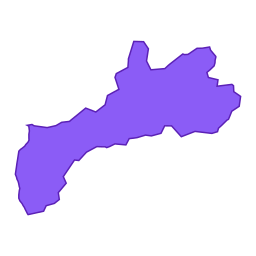 outline of Etim Ekpo, Akwa Ibom, Nigeria
{"feature_id": "59680162B44584437839531", "entity_name": "Etim Ekpo", "entity_type": "district", "adm_level": 2, "iso_a3": "NGA", "parent_name": "Nigeria", "parent_adm1": "Akwa Ibom", "projection": "albers", "projection_center": [7.577, 4.957], "detail": "fine", "context": "isolated", "style": "filled", "palette": "violet", "viewbox_px": 256, "rotation_deg": 0, "n_neighbors": 0, "source": "geoboundaries", "source_scale": "gbopen_adm2", "svg_char_len": 1455}
<svg xmlns="http://www.w3.org/2000/svg" viewBox="0 0 256 256"><path d="M133.8,41.4L128.4,58.9L128.4,60.8L127.9,67.4L116.3,73.6L115.0,77.4L118.9,89.3L107.5,95.5L105.1,104.8L95.8,112.0L85.7,108.1L70.1,120.8L69.6,121.4L61.7,122.3L56.0,125.6L47.2,127.6L34.1,125.8L32.0,124.5L27.3,125.3L28.8,126.1L29.4,131.0L28.9,134.2L28.9,138.0L29.0,140.2L27.9,142.3L25.8,144.5L24.7,146.2L22.1,148.3L20.5,149.4L18.9,151.1L18.8,151.5L17.6,159.3L16.9,163.6L16.4,167.3L15.4,174.0L15.4,174.4L16.5,177.1L17.0,179.2L18.1,181.4L18.7,183.6L18.9,184.7L19.2,186.3L19.8,188.4L19.3,190.6L18.8,194.9L18.8,198.2L19.9,200.9L22.1,203.6L23.2,205.7L24.3,207.3L25.3,209.5L26.4,211.6L27.5,213.8L28.1,214.6L43.6,211.2L46.2,205.7L54.4,203.4L59.3,199.5L58.3,192.6L66.2,183.2L63.3,176.6L74.5,160.0L78.8,160.5L86.4,152.2L96.8,146.6L102.3,146.8L105.2,146.8L106.7,147.6L109.7,146.5L114.9,143.9L125.9,144.9L129.2,138.6L133.8,138.1L137.2,137.6L145.5,135.1L151.4,135.9L161.0,133.3L164.7,125.8L171.6,125.9L181.3,136.7L195.0,131.4L211.9,133.4L217.5,131.7L218.5,128.2L221.5,125.5L227.1,120.0L228.5,119.3L231.8,111.2L239.2,106.3L240.6,96.4L233.8,91.7L233.5,85.7L231.9,84.4L217.1,86.2L218.0,79.8L208.4,77.5L206.9,72.4L209.8,70.0L214.1,65.9L215.0,62.8L215.1,60.3L215.9,56.9L215.7,56.3L210.6,50.2L209.6,47.0L202.3,48.2L197.0,48.3L188.0,54.4L184.4,54.6L182.8,54.0L170.1,63.9L168.3,65.4L164.9,68.6L150.9,69.8L146.5,61.0L148.4,48.8L143.6,41.7L133.8,41.4Z" fill="#8b5cf6" stroke="#5b21b6" stroke-width="1.5"/></svg>